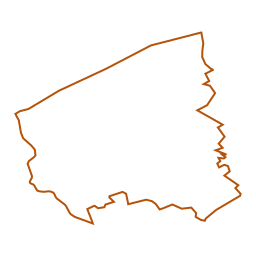 an SVG outline of West Flanders
{"feature_id": "BEL-3479", "entity_name": "West Flanders", "entity_type": "Province", "adm_level": 1, "iso_a3": "BEL", "parent_name": "Belgium", "parent_adm1": "", "projection": "robinson", "projection_center": [3.055, 51.038], "detail": "fine", "context": "isolated", "style": "outline", "palette": "amber", "viewbox_px": 256, "rotation_deg": 0, "n_neighbors": 0, "source": "natural_earth", "source_scale": "10m", "svg_char_len": 1363}
<svg xmlns="http://www.w3.org/2000/svg" viewBox="0 0 256 256"><path d="M44.1,191.8L42.3,191.7L39.0,191.2L37.3,190.6L36.2,189.0L34.2,185.4L33.2,184.5L30.5,183.3L29.8,182.4L30.0,181.1L31.8,177.9L32.0,176.1L27.6,163.7L28.9,161.1L34.1,157.0L35.5,155.3L34.8,149.6L31.2,145.4L23.2,138.3L21.0,132.9L18.8,120.4L15.4,113.9L19.9,111.2L28.4,109.0L59.0,90.7L105.8,68.9L151.0,45.4L201.2,32.5L201.3,32.5L203.3,43.4L202.4,50.4L202.2,57.0L205.4,64.1L210.9,68.8L212.5,69.4L212.8,70.0L205.4,73.7L209.2,81.0L203.8,84.1L209.9,85.7L215.1,93.1L207.1,105.2L197.3,110.3L222.7,124.7L217.9,127.5L224.6,136.7L218.7,143.6L222.6,147.8L215.7,150.3L226.5,154.6L222.0,154.5L225.4,157.2L223.9,158.5L218.5,157.9L220.3,161.1L217.3,163.5L219.1,167.4L224.3,164.8L227.9,166.0L229.7,171.3L224.4,175.6L238.3,185.2L235.4,188.1L240.6,193.8L240.1,195.8L226.0,204.1L215.9,210.1L205.7,218.6L204.8,220.8L202.6,220.2L201.3,220.1L195.7,216.9L196.1,213.0L191.3,207.6L181.7,208.7L172.4,204.5L162.3,208.6L159.6,209.4L155.8,204.0L152.0,201.2L146.2,199.7L128.2,204.2L128.1,203.3L126.1,193.8L122.6,191.9L109.5,196.2L109.3,197.4L113.9,201.8L105.4,204.6L104.4,207.2L98.0,208.2L94.8,205.9L93.3,206.2L87.3,209.1L91.9,220.8L92.8,223.5L74.8,216.9L70.6,214.1L69.4,212.4L66.4,206.7L65.1,204.8L56.7,198.4L55.3,196.3L54.6,194.4L53.4,192.7L50.5,191.5L48.3,191.3L44.1,191.8Z" fill="none" stroke="#b45309" stroke-width="2"/></svg>